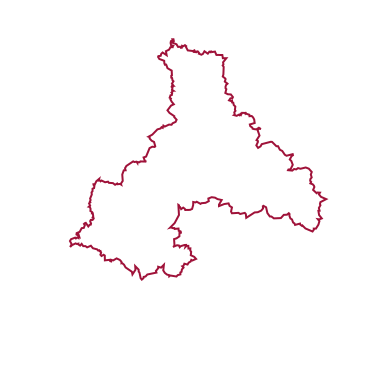 outline of Mascota, Jalisco, Mexico, rotated 312°
{"feature_id": "50627088B69459727871118", "entity_name": "Mascota", "entity_type": "district", "adm_level": 2, "iso_a3": "MEX", "parent_name": "Mexico", "parent_adm1": "Jalisco", "projection": "mercator", "projection_center": [-104.884, 20.553], "detail": "fine", "context": "isolated", "style": "outline", "palette": "rose", "viewbox_px": 384, "rotation_deg": 312, "n_neighbors": 0, "source": "geoboundaries", "source_scale": "gbopen_adm2", "svg_char_len": 6049}
<svg xmlns="http://www.w3.org/2000/svg" viewBox="0 0 384 384"><g transform="rotate(312 192 192)"><path d="M282.2,229.0L283.6,225.3L282.5,224.1L282.8,218.0L282.1,217.0L274.2,211.8L271.8,212.4L269.0,211.6L269.7,208.6L273.3,207.5L274.0,206.8L273.7,205.3L279.1,204.4L281.8,199.5L283.6,199.2L284.9,201.0L284.5,198.7L281.6,197.9L280.3,196.1L279.6,194.7L280.2,193.7L279.9,191.3L280.9,189.8L285.2,192.4L287.5,189.7L288.3,187.5L288.4,185.5L286.8,184.0L287.8,182.9L286.5,180.1L286.7,179.2L286.0,179.2L286.3,178.6L284.3,176.2L282.1,176.8L282.3,175.8L280.9,176.0L280.8,175.1L278.5,174.2L277.3,171.8L278.1,172.0L279.5,170.1L281.4,170.0L281.8,168.9L284.5,167.0L284.6,164.8L286.0,162.9L285.4,161.9L286.7,160.6L285.7,160.1L284.9,158.2L287.3,157.9L288.8,159.2L289.9,158.9L290.5,155.6L288.6,153.2L287.9,150.5L291.4,148.7L291.5,147.6L292.6,146.5L294.4,145.7L296.2,145.9L296.0,142.5L298.4,141.4L298.6,140.7L298.4,137.6L300.3,136.7L306.2,131.8L306.6,130.1L307.8,130.0L309.2,128.3L314.4,128.0L312.1,125.4L314.1,122.9L310.2,118.4L311.7,115.1L309.7,113.5L309.3,112.2L308.4,112.4L307.9,111.0L305.4,111.2L304.9,107.1L301.9,107.7L300.3,107.1L299.4,104.6L300.0,104.4L300.4,102.4L300.0,101.7L298.9,101.8L297.6,100.0L298.6,99.9L298.9,99.0L297.4,98.4L294.4,94.1L295.8,90.3L296.5,90.1L296.4,88.5L294.5,88.0L294.0,86.8L292.5,87.9L291.7,87.3L292.0,85.9L290.5,84.6L291.4,81.6L289.8,77.4L290.2,76.8L292.0,77.5L293.1,76.0L292.5,75.4L292.3,76.1L290.0,75.4L288.4,76.4L287.1,78.2L288.1,80.2L287.5,80.3L287.5,79.5L286.7,79.5L286.4,80.4L285.2,79.1L282.4,79.7L279.2,78.4L276.7,81.6L276.0,76.8L274.1,76.7L272.2,77.6L270.5,76.1L269.7,76.4L269.0,78.7L270.9,83.5L269.0,85.5L268.5,86.8L269.3,87.2L269.2,88.0L267.6,91.0L268.6,95.7L265.3,99.0L264.6,98.8L263.1,100.1L263.4,100.9L261.9,102.9L261.9,104.1L259.1,104.6L258.7,106.7L258.3,105.9L257.0,106.3L257.4,107.1L256.5,107.0L256.5,107.7L254.6,108.7L254.8,110.4L254.0,109.6L253.6,110.2L252.2,110.2L252.2,111.1L250.5,112.1L249.5,111.3L247.1,112.3L247.3,113.8L246.4,114.0L245.5,116.5L245.0,119.8L242.2,118.6L236.3,119.1L235.7,122.4L236.5,128.1L235.8,128.6L235.4,132.2L233.1,132.9L230.1,131.6L228.3,131.8L226.7,129.8L222.4,128.0L222.2,126.3L220.1,127.3L219.8,126.0L218.1,126.1L215.4,124.4L208.0,124.1L204.0,122.7L204.4,123.8L203.4,124.8L203.1,127.7L203.8,130.3L201.4,134.1L200.5,134.1L199.1,132.2L196.2,131.1L187.6,134.2L185.3,132.9L183.6,136.1L184.0,137.7L180.2,133.2L179.0,133.1L177.8,131.5L177.0,132.1L177.4,130.5L175.7,129.1L175.4,127.8L167.5,125.8L164.9,126.3L163.7,128.1L162.4,126.8L158.3,128.5L153.9,133.1L150.6,133.6L150.1,134.4L149.9,133.2L147.9,131.4L148.2,130.7L145.9,130.0L145.7,127.3L143.2,124.1L143.5,122.7L141.1,120.9L140.0,117.1L138.9,116.9L139.1,116.3L138.0,115.0L139.6,114.2L136.0,113.7L133.0,114.6L131.8,113.6L131.3,114.4L131.8,115.0L129.4,116.6L127.9,115.9L125.9,117.6L124.5,117.6L123.1,119.2L118.9,120.7L118.2,122.0L116.4,122.6L116.3,123.3L114.7,123.1L113.7,125.4L112.0,125.2L112.5,126.1L111.6,127.9L109.9,129.2L110.2,131.2L109.2,131.9L109.8,132.5L107.9,134.8L106.6,135.2L107.0,135.9L106.5,136.7L104.7,136.8L103.5,135.5L102.2,135.8L101.0,138.1L100.0,138.6L99.2,137.9L97.0,138.0L98.0,133.7L97.0,133.2L96.0,133.1L95.6,134.6L92.9,135.6L91.3,134.2L87.3,135.2L84.3,133.8L83.1,134.6L83.3,135.5L84.5,136.1L83.2,138.3L83.0,137.5L81.8,138.5L81.5,137.2L79.8,136.8L79.9,135.7L76.0,133.7L73.9,134.1L72.7,137.5L69.6,138.2L72.3,138.4L75.9,139.9L76.3,141.2L77.6,142.1L77.0,142.6L77.3,144.7L79.6,144.7L79.0,147.4L80.5,149.1L80.7,151.1L84.4,152.8L83.9,156.0L85.9,159.9L85.7,161.4L86.6,162.0L86.2,163.0L86.9,163.5L86.1,165.1L84.1,165.9L83.9,167.6L86.2,168.3L86.4,169.7L82.9,173.0L86.4,176.1L85.9,177.5L86.3,178.3L87.5,177.3L88.4,179.2L92.2,180.4L93.2,183.8L93.0,186.1L91.9,187.2L92.4,187.4L92.5,190.1L91.5,193.1L92.5,200.7L90.9,202.9L96.4,202.0L98.9,199.4L98.6,204.3L97.1,205.7L97.0,206.8L93.6,211.5L93.3,213.3L95.4,213.6L96.6,212.9L98.1,214.0L100.8,214.0L108.3,219.5L109.2,218.0L112.7,217.9L113.8,216.9L115.1,219.6L119.1,219.8L114.5,223.1L113.7,225.9L113.9,228.7L114.9,230.6L114.1,231.5L115.4,231.7L118.8,237.0L120.6,237.0L123.0,238.5L124.4,237.2L125.7,237.6L127.7,236.3L130.1,236.3L130.3,234.5L131.3,235.1L133.6,234.3L135.1,237.2L137.4,236.8L139.4,237.5L141.1,236.9L141.3,238.1L145.0,239.8L145.3,237.0L144.2,233.4L147.0,231.4L147.4,229.8L149.0,228.5L147.6,227.2L149.5,225.3L148.3,224.0L146.8,223.9L148.6,222.9L147.6,221.9L144.1,219.8L142.8,219.8L143.5,218.1L142.4,216.5L138.4,214.6L139.5,215.0L140.9,214.4L145.0,210.2L147.2,211.5L150.6,212.3L153.3,210.0L154.1,211.0L154.7,210.7L155.1,209.8L154.3,208.1L155.8,206.4L152.9,203.8L153.4,203.0L152.0,201.5L152.0,200.3L150.9,199.6L157.3,199.9L166.2,197.7L173.3,190.5L173.4,191.3L172.0,192.4L172.8,193.2L172.0,195.4L174.5,195.9L174.7,197.9L174.1,199.0L177.4,202.5L179.5,203.4L183.1,201.6L185.4,199.6L186.6,201.6L187.9,202.0L188.9,206.3L190.0,206.5L193.0,209.3L196.4,210.6L198.1,208.5L201.3,210.1L203.2,212.9L203.8,215.7L205.9,219.4L200.7,220.5L199.6,221.5L204.6,224.0L208.0,226.8L206.8,229.3L207.3,232.0L203.6,234.1L202.9,235.9L207.6,240.5L207.9,242.5L211.8,245.2L211.6,246.8L209.1,249.6L218.7,252.2L221.0,254.4L224.5,255.9L227.3,255.8L228.8,254.2L229.5,254.3L230.2,257.3L226.8,262.1L225.9,266.2L226.9,267.4L227.2,270.5L232.1,275.5L236.4,275.5L238.7,277.8L241.0,278.1L240.9,279.2L239.5,280.3L238.2,282.8L238.5,284.7L237.0,287.5L237.2,289.3L236.5,290.6L240.8,293.4L240.2,294.2L240.4,296.4L241.0,296.4L240.8,300.7L243.3,308.0L245.7,307.7L246.3,307.0L247.7,308.6L252.3,307.8L255.6,306.2L256.0,303.7L256.8,304.9L259.2,306.1L259.9,301.9L262.6,298.5L263.5,299.3L265.0,297.0L268.1,296.3L268.7,295.1L270.4,294.2L276.5,296.5L274.7,291.1L275.2,287.9L277.1,287.5L275.5,285.5L274.5,285.4L274.6,280.6L277.6,279.6L278.3,278.3L278.5,276.5L277.6,274.2L279.2,273.8L279.4,272.3L280.8,271.3L282.9,271.2L284.5,268.6L287.0,267.6L287.5,263.2L286.3,260.1L281.9,257.1L280.7,254.8L278.5,254.3L277.4,252.5L275.0,252.2L272.5,248.8L273.2,248.6L274.8,250.0L279.6,248.7L281.5,245.1L281.6,242.9L285.2,242.0L286.9,242.4L287.5,241.5L282.2,238.0L281.8,236.0L282.9,231.6L282.2,229.0Z" fill="none" stroke="#9f1239" stroke-width="2"/></g></svg>